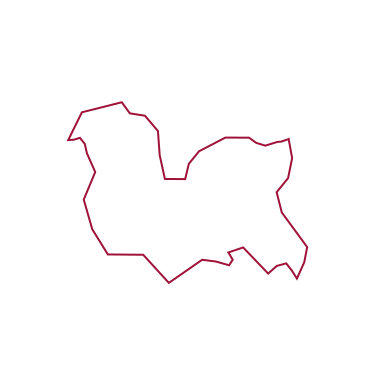 SVG path tracing the border of Şoldăneşti, rotated 37°
{"feature_id": "MDA-1646", "entity_name": "Şoldăneşti", "entity_type": "District", "adm_level": 1, "iso_a3": "MDA", "parent_name": "Moldova", "parent_adm1": "", "projection": "orthographic", "projection_center": [28.717, 47.85], "detail": "fine", "context": "isolated", "style": "outline", "palette": "rose", "viewbox_px": 384, "rotation_deg": 37, "n_neighbors": 0, "source": "natural_earth", "source_scale": "10m", "svg_char_len": 753}
<svg xmlns="http://www.w3.org/2000/svg" viewBox="0 0 384 384"><g transform="rotate(37 192 192)"><path d="M162.4,292.5L134.8,281.8L110.1,263.2L102.7,234.3L84.9,224.4L77.4,218.1L69.9,216.2L66.1,221.4L61.9,225.0L56.1,194.6L81.9,162.6L95.0,166.6L108.5,159.4L128.1,163.8L144.1,182.1L162.5,197.9L178.8,185.8L172.5,171.4L173.1,155.2L185.9,128.5L204.8,114.3L213.8,114.1L222.6,110.9L230.0,100.7L232.9,98.1L237.2,91.8L237.3,91.5L237.5,91.7L251.6,104.7L260.4,123.1L259.7,141.2L265.8,146.1L276.0,154.3L317.2,166.7L317.2,166.8L323.9,180.5L327.9,198.0L319.2,194.7L310.2,192.3L304.2,200.0L301.9,211.3L266.2,205.5L257.4,218.4L265.3,221.6L265.7,228.2L253.0,233.1L240.9,240.0L228.2,278.5L190.8,271.5L162.4,292.5Z" fill="none" stroke="#9f1239" stroke-width="2"/></g></svg>